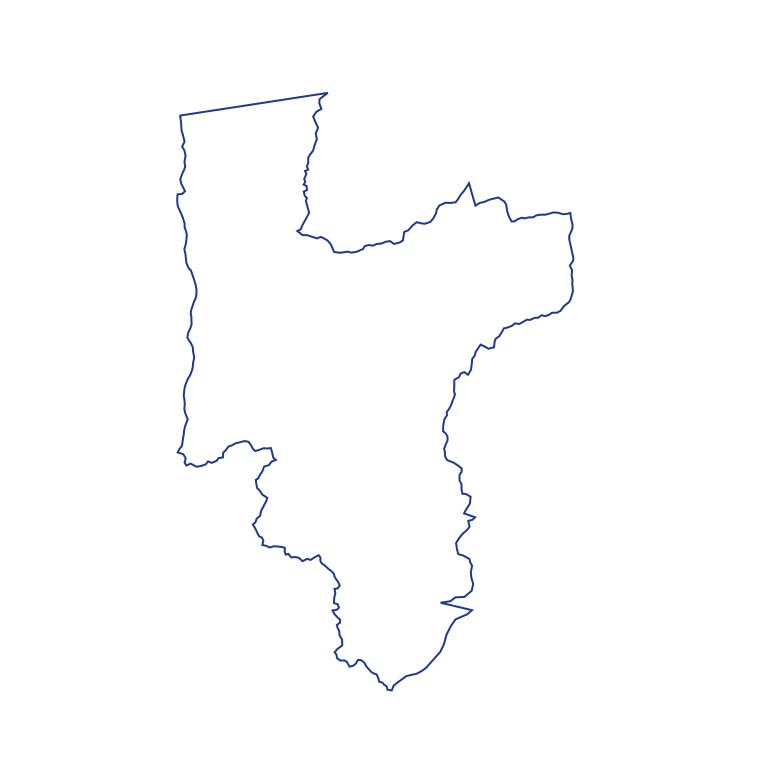 outline of Goianésia, Goiás, Brazil, rotated 349°
{"feature_id": "56859067B68977467938768", "entity_name": "Goianésia", "entity_type": "district", "adm_level": 2, "iso_a3": "BRA", "parent_name": "Brazil", "parent_adm1": "Goiás", "projection": "orthographic", "projection_center": [-49.163, -15.297], "detail": "fine", "context": "isolated", "style": "outline", "palette": "blue", "viewbox_px": 768, "rotation_deg": 349, "n_neighbors": 0, "source": "geoboundaries", "source_scale": "gbopen_adm2", "svg_char_len": 5485}
<svg xmlns="http://www.w3.org/2000/svg" viewBox="0 0 768 768"><g transform="rotate(349 384 384)"><path d="M433.0,238.5L431.1,243.5L429.9,246.7L426.3,248.1L420.5,248.4L417.2,244.9L412.7,244.7L408.6,245.6L403.4,245.2L399.5,246.1L395.8,244.7L391.4,244.9L389.1,247.6L386.3,248.0L383.5,248.9L380.7,248.9L377.2,248.9L373.5,247.1L366.5,246.9L360.3,245.0L358.3,236.5L356.0,232.4L352.6,229.4L349.9,227.5L346.1,228.3L337.1,223.3L332.4,222.3L328.1,217.3L331.7,216.3L334.2,212.5L339.0,206.9L343.2,201.6L342.2,189.3L343.8,186.7L342.1,184.1L342.0,179.8L345.4,178.9L345.7,174.7L343.1,173.0L345.3,170.5L344.7,167.6L347.9,163.0L347.1,159.8L350.4,159.1L349.9,155.3L351.7,152.9L352.8,147.4L355.1,144.8L358.9,141.4L361.4,136.4L364.8,130.8L364.8,125.0L368.2,119.9L366.5,113.2L365.5,107.9L369.6,103.9L375.0,102.0L374.1,96.1L375.0,92.2L378.6,90.3L384.4,87.5L238.1,81.7L235.1,81.7L234.6,89.9L234.0,93.1L233.7,97.4L234.1,100.9L234.5,107.9L231.1,112.6L232.6,116.5L232.8,122.0L231.3,125.7L230.4,128.7L230.4,132.6L228.6,135.7L226.4,138.6L223.1,144.1L223.2,148.7L224.3,152.7L225.5,156.8L221.9,159.0L217.6,158.4L216.5,162.2L215.8,165.8L215.5,170.3L217.3,177.7L218.3,182.6L218.9,188.6L218.2,191.7L218.8,196.3L218.9,200.1L217.7,204.4L216.1,208.9L213.7,213.6L213.9,218.7L213.4,224.0L213.1,227.3L214.2,232.5L216.2,236.0L217.7,247.1L218.0,251.4L218.0,255.3L217.0,260.0L215.9,263.1L213.5,266.5L210.6,271.5L208.6,275.0L207.7,278.1L207.7,281.8L207.1,284.7L206.6,288.6L204.3,292.7L202.2,295.3L200.9,297.8L199.8,301.2L202.5,307.9L203.3,311.8L202.8,315.3L202.8,318.9L202.8,321.7L200.6,327.0L199.7,330.5L198.4,333.4L197.0,335.9L195.0,338.8L192.9,340.9L190.9,343.8L188.2,348.1L186.7,352.1L185.2,357.3L185.1,361.0L184.7,365.1L183.2,370.6L183.4,374.9L184.6,381.2L180.7,387.4L178.6,392.3L177.7,395.7L176.4,398.7L175.3,402.1L173.9,406.1L170.4,409.2L168.5,411.8L173.5,414.6L175.2,418.9L173.3,423.1L174.4,426.3L179.0,425.2L184.0,429.4L188.4,429.6L193.6,428.9L196.5,426.4L199.8,428.5L205.0,427.5L207.4,425.2L211.9,425.3L212.9,421.0L216.5,418.4L219.5,415.6L222.3,415.4L227.0,413.9L236.3,413.4L240.0,414.9L241.9,419.1L243.0,422.8L244.8,425.2L248.4,424.9L253.8,424.1L257.2,425.1L260.7,425.3L261.1,429.5L261.3,435.2L263.3,437.9L258.7,438.8L255.5,441.7L250.6,442.2L247.8,446.7L245.1,449.2L242.6,452.6L239.9,453.6L239.6,457.8L239.6,461.9L241.7,465.0L243.5,469.4L245.6,471.4L247.7,473.4L246.0,476.7L243.3,479.9L239.3,484.9L237.2,489.7L233.3,491.9L231.4,495.2L228.4,497.0L230.0,501.0L231.4,506.5L232.4,509.7L234.8,511.4L235.7,514.6L233.9,518.9L237.5,520.4L240.8,522.7L245.3,522.3L253.1,524.6L255.4,526.0L254.6,529.3L254.9,532.7L257.7,532.5L259.9,536.5L263.7,536.9L267.3,538.4L270.2,542.4L275.3,540.9L278.3,542.7L283.3,540.7L287.2,539.6L288.5,542.2L287.8,545.5L288.7,548.3L291.2,550.8L294.4,555.2L296.6,557.6L298.5,560.6L298.7,563.5L299.6,566.3L301.0,569.0L302.1,573.4L299.6,575.8L296.3,575.6L296.3,580.1L294.4,584.3L293.0,589.5L296.5,591.3L297.1,595.0L294.6,596.6L290.3,596.5L291.4,600.2L293.6,603.8L295.8,606.9L295.4,609.8L291.7,611.6L292.0,614.9L292.9,618.0L292.4,622.0L294.1,627.0L293.1,632.6L287.6,635.3L284.4,637.8L285.7,640.7L285.6,644.2L288.3,647.1L292.4,647.8L294.5,649.6L296.2,654.9L299.9,654.7L302.9,653.2L305.9,649.9L308.9,650.7L311.4,653.6L312.8,657.9L316.6,664.2L318.7,666.2L321.4,667.7L322.3,672.1L322.6,675.5L325.3,676.6L326.8,679.3L328.9,681.3L329.1,684.7L333.1,686.3L335.8,682.1L339.1,680.2L344.0,677.9L350.1,675.0L360.9,674.6L366.3,672.9L371.2,670.6L388.0,657.8L393.0,651.2L397.6,641.9L403.6,634.2L409.3,628.7L421.9,625.9L427.2,622.8L397.8,609.5L407.7,609.9L413.3,607.1L422.3,608.3L430.6,603.7L433.4,597.4L432.8,590.4L433.4,585.0L435.8,579.3L434.6,575.5L434.5,572.1L428.9,567.4L424.4,565.2L424.1,559.4L424.4,553.9L427.6,550.3L432.2,546.3L438.3,542.7L440.8,540.3L440.6,534.5L444.8,534.2L448.0,532.2L437.9,526.3L439.9,523.7L445.5,517.8L447.5,511.2L443.4,507.6L440.0,506.7L440.0,501.9L441.0,497.3L439.7,492.9L440.9,487.5L443.4,485.1L444.2,481.9L440.9,477.9L437.3,474.5L431.4,470.7L430.1,466.3L430.8,463.0L430.7,459.1L432.5,456.0L435.7,451.2L436.3,447.6L435.1,444.2L433.0,441.7L433.7,438.2L434.5,435.2L436.5,430.3L439.8,426.7L440.3,423.3L442.8,421.3L445.8,417.6L448.0,413.8L450.3,410.3L451.7,407.6L451.3,404.9L452.6,399.4L453.8,393.3L458.9,391.6L461.2,388.4L465.0,387.6L468.2,391.0L471.9,386.9L473.7,381.9L475.5,376.0L478.4,373.5L480.2,369.9L482.5,367.6L486.3,363.8L489.7,366.2L493.3,369.3L499.0,369.0L500.5,363.9L502.3,360.8L506.3,359.1L512.4,352.2L515.8,352.2L520.6,351.3L524.2,349.5L528.3,350.9L533.2,349.3L536.6,348.1L539.4,349.0L544.4,347.8L547.8,348.4L551.7,346.6L555.3,348.1L559.1,347.6L562.6,346.1L567.5,347.0L571.3,345.8L573.7,343.5L576.3,341.5L581.1,339.0L582.9,337.0L584.4,334.4L586.0,331.3L587.2,328.6L587.6,325.7L587.8,322.3L588.9,317.7L588.9,313.3L590.3,308.1L589.0,303.2L593.1,299.1L594.0,296.2L593.7,289.2L593.7,285.9L593.4,277.6L594.1,274.0L598.5,267.5L599.5,263.6L599.2,258.3L599.3,255.4L599.5,251.7L596.4,251.9L592.2,251.5L587.3,249.0L583.1,247.9L579.4,248.3L575.0,248.6L569.3,247.6L565.5,247.6L562.3,248.8L558.2,248.1L553.6,248.2L550.8,247.0L546.2,247.9L543.3,249.3L540.3,248.8L538.8,244.3L538.2,241.2L537.9,236.7L538.2,231.3L537.0,228.0L534.8,225.7L531.9,222.8L527.7,222.9L522.4,223.2L517.5,224.3L512.2,224.6L507.8,226.4L505.7,203.1L503.7,205.3L499.4,209.7L495.5,212.8L491.7,217.0L488.8,219.3L483.6,218.9L478.8,217.8L472.5,219.3L469.2,222.7L467.7,226.4L464.0,230.8L460.5,233.7L454.8,234.5L451.2,233.4L447.0,231.4L442.5,233.7L437.0,237.8L433.0,238.5Z" fill="none" stroke="#1e3a8a" stroke-width="2"/></g></svg>